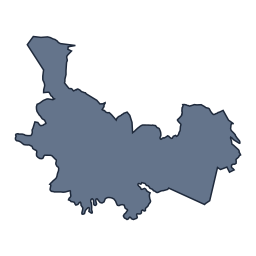 the district of Santiago Xanica, Oaxaca, Mexico
{"feature_id": "50627088B68084107278536", "entity_name": "Santiago Xanica", "entity_type": "district", "adm_level": 2, "iso_a3": "MEX", "parent_name": "Mexico", "parent_adm1": "Oaxaca", "projection": "robinson", "projection_center": [-96.226, 16.017], "detail": "fine", "context": "isolated", "style": "filled", "palette": "slate", "viewbox_px": 256, "rotation_deg": 0, "n_neighbors": 0, "source": "geoboundaries", "source_scale": "gbopen_adm2", "svg_char_len": 5832}
<svg xmlns="http://www.w3.org/2000/svg" viewBox="0 0 256 256"><path d="M182.8,104.6L183.1,105.2L182.4,107.7L182.1,107.8L181.9,110.9L182.0,111.9L182.2,112.0L182.2,112.9L182.0,114.1L181.7,114.2L181.7,115.3L179.4,118.0L178.3,118.9L177.4,120.0L178.3,121.5L180.8,124.1L180.9,124.9L180.4,126.6L180.1,130.6L179.1,132.4L178.5,134.5L177.6,135.7L176.6,136.4L175.6,135.4L173.3,136.3L172.3,138.2L171.3,138.4L169.9,137.5L168.8,136.3L168.3,136.3L168.0,135.9L167.7,135.8L165.5,137.3L163.9,138.1L163.4,137.8L162.3,138.2L161.9,138.5L161.8,138.9L161.0,139.3L160.4,139.0L160.0,138.1L160.0,137.6L160.8,135.7L160.9,135.0L160.7,132.6L160.4,131.4L159.3,128.8L158.7,128.2L157.1,127.6L155.5,125.6L152.4,125.1L151.7,125.3L148.8,125.1L142.7,125.0L141.4,125.5L140.4,126.1L137.8,128.1L135.5,130.2L134.6,131.2L132.6,132.7L132.0,122.4L129.8,115.4L127.1,112.1L123.6,113.4L122.8,114.2L121.7,114.7L121.1,115.4L118.6,116.6L118.0,117.1L117.2,118.1L116.9,118.2L116.2,120.1L111.5,114.7L109.2,112.6L108.3,112.7L107.4,112.7L106.2,112.3L105.3,111.6L104.9,111.0L104.4,110.5L103.6,110.5L103.0,109.9L102.4,109.9L102.1,109.6L104.0,106.7L104.0,105.2L104.9,103.4L105.1,103.3L105.1,102.7L102.7,103.8L99.9,103.9L96.8,100.3L86.3,93.9L85.4,92.8L83.8,92.5L83.1,92.1L81.9,91.8L81.0,91.2L80.2,90.3L78.3,89.2L77.6,89.0L77.0,89.2L76.5,89.8L76.1,89.6L73.6,90.9L73.0,90.5L72.7,89.9L71.7,88.8L70.8,88.5L70.4,88.7L68.9,88.4L64.5,82.9L64.9,81.4L64.9,79.2L66.0,74.6L66.0,70.6L66.5,63.2L66.6,62.2L67.1,61.1L67.3,60.2L66.7,57.4L66.8,56.3L67.7,55.0L71.5,51.0L67.9,49.3L68.2,46.8L75.4,45.5L60.5,43.6L59.4,43.1L58.2,42.3L57.2,41.0L55.0,39.5L53.0,38.9L50.4,37.6L47.6,36.9L40.9,37.4L33.3,36.5L27.3,44.7L43.2,69.4L43.6,69.8L42.8,76.1L42.8,79.3L43.1,80.6L43.7,81.6L44.3,83.2L44.7,85.3L44.5,86.6L43.7,89.7L43.6,92.6L47.9,92.2L49.0,92.3L49.7,93.3L51.0,95.8L52.2,96.5L53.1,98.2L54.4,98.9L52.9,99.7L48.1,98.9L46.8,99.0L43.3,100.5L40.0,102.9L38.8,103.6L37.1,104.3L36.4,106.8L36.5,109.1L37.0,111.4L39.3,115.1L40.3,116.0L41.8,118.2L42.3,118.8L44.6,120.2L45.8,122.8L45.9,123.5L43.9,124.5L43.1,125.2L40.8,125.7L39.5,124.8L37.9,122.5L34.9,121.9L32.9,128.4L32.1,130.0L32.3,132.5L32.0,133.7L31.5,134.8L30.9,135.5L29.8,135.6L27.7,135.6L25.3,135.3L24.2,134.6L22.3,134.1L18.7,134.1L18.1,133.7L17.3,133.8L16.1,134.1L15.6,135.0L16.1,136.2L15.5,137.7L15.4,138.6L15.6,139.7L16.6,140.7L18.5,141.0L20.5,141.9L23.7,144.5L25.0,144.8L27.8,145.0L28.9,144.9L30.0,145.3L30.5,145.7L31.7,146.1L32.3,147.0L32.8,148.5L34.5,149.7L35.2,149.9L36.5,150.7L36.8,152.1L36.5,153.4L36.5,155.1L36.7,156.0L37.9,157.3L39.7,158.5L41.5,158.7L42.4,158.5L43.0,158.1L43.9,156.0L44.8,155.2L50.8,155.3L52.0,155.8L55.1,159.0L56.1,159.8L56.3,160.2L56.3,161.2L55.8,163.1L55.9,164.3L56.9,166.2L58.3,167.3L58.7,168.4L58.5,170.7L57.5,173.5L56.9,176.4L56.2,178.0L55.6,178.7L53.0,180.9L51.4,182.6L50.4,183.4L49.9,184.2L50.4,184.2L50.8,185.5L50.2,188.5L50.1,189.6L50.3,190.2L51.0,191.0L51.7,191.4L53.5,191.6L54.2,191.9L60.8,191.9L63.1,192.2L65.2,192.0L70.0,190.7L70.4,191.1L70.4,193.1L70.8,195.4L70.7,196.4L69.9,197.7L69.4,197.9L68.6,199.3L68.5,199.9L70.1,200.5L71.1,201.6L72.8,201.8L74.3,202.3L75.2,204.3L75.9,205.1L77.7,204.5L78.4,203.9L79.3,202.5L80.4,202.2L80.7,202.7L81.0,204.0L81.0,205.2L82.8,207.9L82.6,209.9L81.9,212.6L81.9,213.6L82.1,214.1L82.6,214.2L83.4,214.1L84.5,213.6L85.2,211.0L85.6,210.2L87.7,207.9L88.7,207.6L89.2,207.9L89.3,208.9L88.9,211.4L91.3,213.1L92.1,213.0L92.3,212.5L92.2,211.8L91.6,209.7L91.7,207.3L91.6,205.1L91.2,202.6L90.8,202.0L90.7,200.9L90.8,200.1L91.3,199.2L92.2,198.8L92.6,199.0L93.0,199.4L93.4,200.3L93.6,201.2L93.5,202.3L93.7,204.2L94.3,205.1L94.7,205.3L95.5,205.4L96.3,204.7L96.6,203.9L95.7,200.7L96.0,199.2L96.9,198.8L97.5,199.1L98.3,200.4L100.1,202.5L102.0,203.0L104.0,201.9L104.5,200.7L105.2,198.9L106.4,198.0L108.0,197.5L110.3,197.6L111.9,198.0L113.8,198.9L115.5,201.0L117.0,204.6L117.5,205.3L119.0,205.6L120.8,204.8L122.4,204.6L124.2,205.2L125.1,208.1L126.4,209.1L127.0,209.3L127.3,209.6L127.6,210.1L125.7,213.0L124.3,214.2L123.4,215.8L123.6,216.6L124.5,218.0L126.1,218.8L127.0,219.5L128.2,219.0L128.8,218.4L129.2,217.5L129.6,217.2L130.4,217.3L131.1,218.1L131.3,218.7L133.4,219.5L135.5,218.7L136.0,218.6L136.9,218.1L137.3,217.3L136.6,215.0L136.7,214.2L137.4,213.8L139.1,214.0L140.6,213.8L141.4,212.9L141.5,210.8L142.0,210.3L142.8,210.0L143.5,210.7L144.6,211.0L145.4,210.6L145.4,209.1L145.7,208.2L146.2,207.6L147.0,207.0L147.9,206.1L148.8,204.2L150.2,202.4L150.6,201.1L149.8,198.8L149.4,196.2L149.4,194.8L150.1,192.8L149.3,192.5L147.1,191.2L145.6,189.0L144.5,188.4L141.9,189.4L141.2,189.3L140.8,188.2L140.2,187.5L139.8,186.9L138.8,186.2L138.0,185.0L137.9,184.5L138.1,183.9L138.6,183.5L139.9,183.7L140.3,184.1L141.0,184.1L141.8,182.6L145.1,183.5L146.4,185.4L148.0,185.7L149.3,187.0L149.6,187.9L150.7,188.6L152.0,189.1L152.9,189.7L153.2,190.5L153.9,190.9L154.6,191.0L156.5,192.4L157.7,192.5L161.0,191.0L162.1,190.7L163.2,190.7L167.7,189.4L168.7,188.1L204.6,204.5L205.4,203.6L209.7,200.7L217.5,167.5L220.5,169.5L226.9,167.1L229.5,172.2L234.1,169.9L233.0,168.6L232.0,167.9L231.4,167.0L231.6,165.2L231.9,164.8L233.1,164.2L234.7,164.2L236.1,163.3L236.2,161.3L236.0,159.7L236.4,159.0L238.5,157.2L239.4,155.6L240.6,154.9L239.7,153.0L239.2,152.5L239.2,151.4L238.9,150.4L238.4,149.7L233.4,145.1L232.0,144.2L231.6,142.4L231.4,140.7L230.5,138.0L230.7,137.2L232.2,138.2L233.3,139.5L234.3,140.2L239.3,143.3L239.8,143.2L239.9,142.1L239.5,140.9L236.9,137.8L235.5,135.7L235.2,134.7L234.0,133.3L231.2,130.5L230.6,128.7L231.0,125.1L231.5,123.5L233.6,123.8L228.5,120.1L223.1,110.4L219.1,112.3L218.2,112.4L217.3,113.2L216.0,113.6L214.5,114.4L213.4,114.5L212.0,113.3L211.4,112.3L210.9,111.9L209.3,108.9L208.6,108.3L205.8,107.6L204.7,106.7L201.2,104.7L196.9,104.9L194.3,104.6L192.0,105.4L189.9,106.0L189.4,106.1L188.5,105.6L187.4,105.5L186.3,104.9L184.9,104.6L184.1,104.5L182.8,104.6Z" fill="#64748b" stroke="#1e293b" stroke-width="1.5"/></svg>